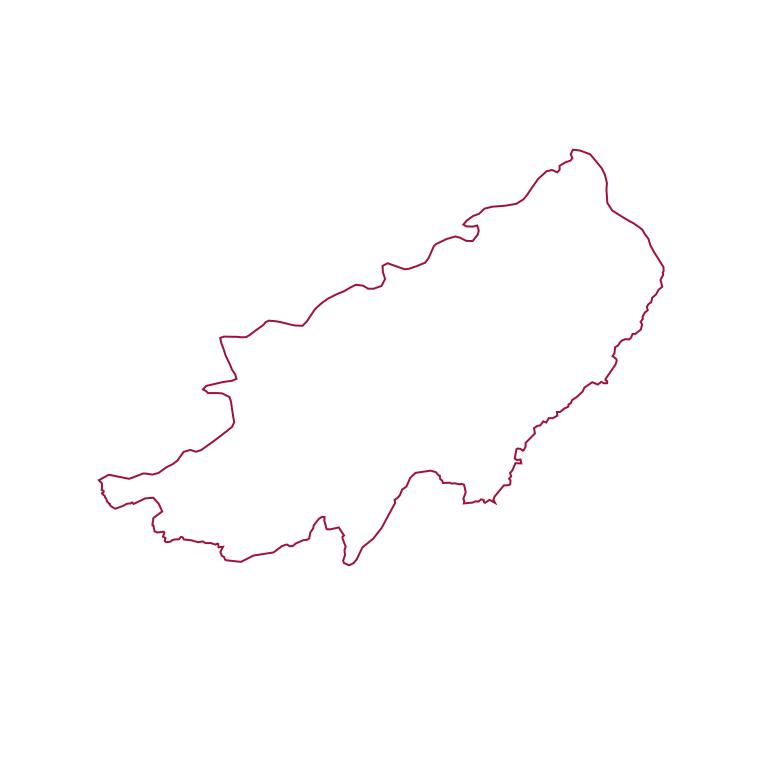 outline of Seke-Banza, Bas-Congo, Democratic Republic of the Congo, rotated 71°
{"feature_id": "63176286B69853523616594", "entity_name": "Seke-Banza", "entity_type": "district", "adm_level": 2, "iso_a3": "COD", "parent_name": "Democratic Republic of the Congo", "parent_adm1": "Bas-Congo", "projection": "robinson", "projection_center": [13.441, -5.391], "detail": "fine", "context": "isolated", "style": "outline", "palette": "rose", "viewbox_px": 768, "rotation_deg": 71, "n_neighbors": 0, "source": "geoboundaries", "source_scale": "gbopen_adm2", "svg_char_len": 4982}
<svg xmlns="http://www.w3.org/2000/svg" viewBox="0 0 768 768"><g transform="rotate(71 384 384)"><path d="M287.1,523.9L292.1,524.5L299.8,524.3L305.2,524.5L315.7,523.3L321.1,523.0L326.5,521.6L331.1,521.8L331.5,526.3L329.7,535.8L327.9,552.8L330.2,556.9L332.9,554.4L335.2,553.5L338.2,544.8L340.2,540.1L346.1,534.3L351.5,534.5L356.9,535.6L366.9,537.4L371.4,538.1L375.1,541.7L377.8,549.3L382.4,563.0L386.9,578.2L386.9,583.7L383.3,588.6L382.9,595.6L385.6,599.2L389.2,604.3L391.0,609.9L391.9,616.9L394.7,626.1L394.2,632.6L391.1,638.5L390.2,641.0L390.6,651.0L390.6,656.0L380.2,673.7L382.1,684.9L382.8,684.6L383.3,684.5L384.5,683.6L386.8,683.2L388.9,683.9L390.9,684.7L392.0,685.3L392.3,685.4L392.8,685.0L393.1,684.4L393.8,683.9L394.6,684.1L395.0,684.5L395.3,684.9L395.3,685.5L395.3,686.1L395.5,686.3L396.2,686.1L396.8,685.8L397.5,685.4L398.4,684.7L399.3,684.5L400.5,684.6L401.3,684.2L402.2,684.0L403.7,684.0L404.9,684.1L405.7,683.9L406.2,683.6L406.4,683.3L407.7,682.9L408.0,682.8L408.1,682.4L408.3,682.2L408.9,682.5L410.6,682.0L414.4,678.8L414.4,675.9L414.3,670.3L413.6,666.8L413.7,665.1L414.0,663.8L414.5,662.4L414.0,661.3L414.1,660.5L415.9,659.8L414.4,647.1L416.4,639.2L423.8,636.0L432.3,635.2L435.6,645.6L436.4,646.2L437.9,646.7L438.8,647.2L439.4,647.6L439.8,648.0L440.5,648.0L441.6,648.8L442.4,648.9L442.9,648.1L448.6,648.9L450.6,646.7L452.0,640.3L453.4,640.2L456.3,642.7L458.6,640.8L461.1,642.5L462.6,641.6L463.6,637.1L462.7,635.1L462.9,632.3L464.1,628.5L462.5,625.9L463.4,624.3L465.8,623.9L469.1,617.0L473.1,611.3L473.8,606.7L475.8,605.0L476.3,604.6L477.9,599.7L481.0,595.6L480.7,593.4L481.1,593.1L481.3,592.8L484.5,593.6L485.5,589.2L489.5,593.4L493.7,593.3L495.6,591.5L498.1,591.5L499.3,590.5L505.6,577.2L505.2,573.8L503.7,563.4L503.8,562.7L507.3,543.3L504.0,533.1L504.0,529.0L504.4,527.7L506.7,526.0L507.5,523.1L506.0,519.1L505.4,511.3L506.3,507.5L505.6,504.9L500.4,501.9L497.2,497.7L495.0,496.7L490.3,489.6L490.0,488.2L489.4,485.8L490.5,483.5L493.6,484.9L499.6,485.3L502.6,485.5L503.9,482.3L504.9,473.5L505.0,473.5L514.3,471.1L514.8,472.8L515.8,473.2L516.7,473.5L525.3,473.2L528.1,475.4L533.1,476.6L537.6,480.1L540.2,480.2L544.0,476.1L544.0,475.6L543.5,471.2L540.8,466.7L534.6,460.7L531.6,457.8L527.6,447.0L526.8,444.7L519.5,433.3L506.4,419.1L500.1,412.2L496.9,411.7L496.4,408.9L494.5,405.4L489.7,401.2L488.3,396.2L481.3,389.8L478.3,383.1L481.1,368.2L482.8,365.7L484.2,363.7L488.2,362.1L488.8,361.1L491.1,361.6L492.4,361.8L494.2,360.4L496.8,360.5L498.8,353.8L500.0,352.8L501.0,349.3L503.5,345.2L503.5,343.5L505.3,341.1L513.0,342.0L518.5,346.4L520.7,346.1L522.6,347.2L522.9,347.4L525.0,338.7L524.7,335.6L526.0,333.1L524.7,329.9L526.0,327.6L528.5,327.9L529.2,327.1L527.9,322.0L532.6,317.7L529.0,318.2L526.5,316.2L518.9,303.7L520.3,299.0L520.1,297.9L519.9,297.3L516.3,295.8L514.4,296.6L512.7,293.8L509.2,293.8L507.6,290.9L501.7,285.5L503.8,280.0L501.7,279.7L499.9,279.5L499.1,283.2L497.0,284.6L488.8,280.0L488.5,278.7L489.9,276.0L492.3,274.4L491.8,273.1L489.3,270.5L485.8,269.3L479.9,257.4L474.6,256.5L473.6,252.7L473.9,249.5L471.2,245.6L473.2,243.1L469.9,239.3L470.7,237.3L471.3,235.8L470.4,230.4L466.8,229.6L467.8,226.7L465.9,221.6L465.4,217.0L463.5,216.3L462.8,213.4L460.5,211.5L459.0,205.8L455.9,198.8L454.6,197.5L452.6,195.6L450.1,186.5L454.1,182.1L452.8,177.9L455.0,175.7L455.3,174.5L455.9,172.8L454.1,172.0L452.4,173.3L451.4,172.9L441.0,158.8L438.0,156.5L436.5,156.3L435.9,156.3L432.1,158.8L429.8,156.0L424.5,153.5L423.7,149.9L423.3,149.5L421.4,147.3L420.3,144.7L420.2,140.9L421.7,137.8L421.1,136.2L420.7,135.3L417.6,132.7L418.5,130.1L416.2,123.5L411.7,120.5L408.9,121.2L406.6,118.0L404.7,117.7L401.4,114.2L400.2,110.6L396.7,110.4L396.4,110.0L394.6,108.0L393.8,104.9L389.7,102.3L388.0,97.8L385.2,94.7L384.3,93.7L382.6,89.2L375.7,88.7L371.6,84.5L369.5,84.2L368.3,82.9L364.5,81.7L358.6,83.0L347.3,85.7L339.6,87.0L332.8,86.7L327.3,88.6L322.4,89.4L318.7,91.8L317.1,93.0L313.3,95.7L309.7,99.1L305.1,103.0L299.2,107.8L294.3,111.7L285.6,113.9L281.6,112.8L272.9,110.5L266.6,107.8L258.0,107.0L251.2,107.8L243.5,110.6L233.9,114.3L227.1,122.6L224.0,129.1L227.6,132.7L231.7,132.3L233.5,134.9L233.5,140.4L234.9,147.0L238.5,148.1L240.3,151.2L236.3,155.5L235.8,161.1L240.4,171.7L247.7,181.7L252.2,187.7L254.9,192.3L256.7,200.4L254.9,211.3L251.6,224.0L250.9,231.8L254.1,238.9L254.1,244.9L256.4,252.5L259.1,257.1L261.8,254.7L264.1,248.8L264.5,244.3L269.5,244.4L273.1,246.5L277.7,253.7L275.4,259.7L270.4,264.5L267.7,268.5L267.3,277.5L268.6,289.1L270.0,292.1L274.6,296.3L279.5,300.9L282.7,305.6L283.2,314.6L283.2,322.6L282.3,327.1L276.4,334.5L271.0,341.3L271.9,346.9L277.3,348.5L278.3,348.6L285.1,348.8L290.5,354.5L290.5,363.0L288.7,368.0L284.2,371.8L281.0,378.3L281.9,384.8L283.3,391.9L283.8,400.4L285.1,409.5L287.4,417.1L291.0,425.2L296.5,432.4L299.7,436.5L302.4,442.1L299.7,449.1L297.4,453.0L292.9,459.9L289.7,465.3L286.6,472.3L287.0,475.8L288.9,478.8L291.6,488.0L293.9,495.0L294.8,499.1L293.4,503.6L291.6,507.5L287.1,519.9L287.1,523.9Z" fill="none" stroke="#9f1239" stroke-width="2"/></g></svg>